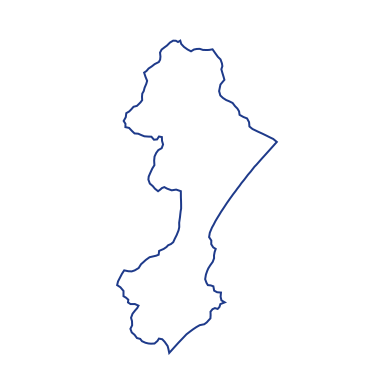 the district of Peruíbe, São Paulo, Brazil, rotated 347°
{"feature_id": "56859067B40169634932968", "entity_name": "Peruíbe", "entity_type": "district", "adm_level": 2, "iso_a3": "BRA", "parent_name": "Brazil", "parent_adm1": "São Paulo", "projection": "albers", "projection_center": [-47.022, -24.285], "detail": "fine", "context": "isolated", "style": "outline", "palette": "blue", "viewbox_px": 384, "rotation_deg": 347, "n_neighbors": 0, "source": "geoboundaries", "source_scale": "gbopen_adm2", "svg_char_len": 3085}
<svg xmlns="http://www.w3.org/2000/svg" viewBox="0 0 384 384"><g transform="rotate(347 192 192)"><path d="M133.6,343.7L140.3,339.0L144.9,335.8L150.4,332.2L154.6,329.4L159.0,327.4L162.2,326.0L165.9,324.6L169.6,323.5L174.2,323.6L177.0,322.4L179.4,320.7L181.5,319.3L182.4,316.3L183.1,312.8L185.6,310.8L188.2,310.3L190.7,311.7L192.9,310.2L194.4,307.6L199.1,306.9L196.3,304.2L196.3,300.5L197.6,296.5L193.9,295.3L191.4,293.1L191.6,288.7L189.2,287.2L186.5,286.3L185.7,283.8L185.2,279.9L187.0,275.6L189.0,272.4L190.7,270.1L193.2,267.6L196.5,264.7L198.6,261.5L199.2,258.7L200.6,255.5L202.3,252.8L200.2,250.7L199.0,247.2L199.9,243.6L198.5,239.8L200.2,235.7L203.5,231.1L205.7,228.7L208.4,225.5L211.2,222.6L213.5,220.3L215.7,218.0L218.8,215.1L223.4,210.7L227.4,207.1L231.5,203.5L234.8,200.8L236.7,199.1L239.9,196.5L242.1,194.5L245.5,191.9L250.4,187.8L253.7,185.4L258.6,181.4L260.8,180.0L267.5,175.2L276.4,169.0L278.8,167.3L285.9,162.3L283.1,158.6L279.6,155.8L277.2,153.8L273.6,150.9L269.8,148.0L265.1,144.2L262.7,141.1L263.3,136.8L262.2,132.7L259.0,130.5L255.7,127.5L256.0,124.0L255.0,120.9L253.2,118.0L251.6,114.4L248.7,112.0L246.0,110.1L243.3,107.3L241.3,104.3L241.1,99.8L242.5,96.7L243.9,93.7L246.5,91.7L248.8,90.0L248.7,87.3L248.4,82.9L248.2,79.0L249.9,76.2L250.1,73.4L249.6,69.2L247.6,66.1L246.3,63.0L244.1,57.6L240.5,57.4L238.0,56.9L234.6,56.0L231.8,54.3L229.0,53.7L226.0,53.6L222.7,54.7L219.7,52.1L216.8,48.8L214.8,45.3L214.6,41.9L212.1,42.7L210.3,41.0L207.7,40.3L204.2,41.4L200.5,43.7L197.9,44.8L194.4,46.4L192.2,49.0L191.7,53.0L190.7,55.9L188.9,57.9L184.4,59.0L181.0,60.6L177.5,61.9L174.8,63.9L172.2,64.9L172.6,69.3L173.3,73.6L171.8,76.3L169.3,79.7L167.6,82.9L165.7,84.9L164.7,88.0L164.1,91.3L162.1,93.0L159.9,94.4L157.7,95.7L154.2,95.8L151.3,97.9L148.9,99.4L145.7,100.4L144.3,104.2L141.4,107.4L142.5,110.6L141.7,113.8L145.1,115.4L147.4,119.3L149.2,122.0L152.7,123.1L155.5,125.2L158.1,127.0L161.3,128.0L164.9,129.0L166.7,132.5L169.8,132.9L172.3,130.5L175.0,131.7L174.3,135.4L174.5,139.2L172.3,142.5L168.6,143.6L166.0,145.8L163.5,149.0L162.2,152.8L161.4,157.4L158.6,160.2L155.5,164.2L153.3,167.2L152.3,170.1L152.8,174.3L155.1,177.4L156.6,180.4L159.1,183.6L161.4,182.6L163.6,181.4L166.1,181.0L168.6,183.2L172.6,185.8L177.1,186.1L181.3,188.7L179.9,195.1L179.2,198.8L178.5,202.1L177.7,205.6L176.6,208.2L175.7,210.7L174.6,213.9L172.6,219.0L171.7,223.3L170.3,226.3L167.3,230.6L164.7,233.7L162.4,236.7L159.7,238.0L156.8,238.5L154.7,239.9L151.6,241.1L146.7,242.0L145.4,245.6L142.7,246.0L139.8,246.0L136.0,246.0L131.7,247.8L128.7,249.5L126.1,250.9L122.9,254.1L118.5,255.5L115.4,255.8L112.2,254.9L108.3,253.1L105.3,256.0L102.5,259.3L99.8,262.5L98.1,265.9L100.8,268.7L103.0,273.0L101.8,278.1L103.9,280.1L105.7,282.6L104.8,285.2L106.9,287.4L111.1,288.3L114.3,290.7L112.5,292.8L110.1,294.5L106.7,297.2L104.3,300.9L104.5,304.3L103.7,308.4L101.2,311.5L101.7,315.3L103.9,318.2L105.5,321.9L108.5,323.5L109.7,326.1L112.7,328.4L115.5,329.8L118.0,330.6L121.4,331.2L124.8,329.4L126.8,327.4L129.9,328.8L131.7,331.9L133.6,336.6L133.7,339.6L133.6,343.7Z" fill="none" stroke="#1e3a8a" stroke-width="2"/></g></svg>